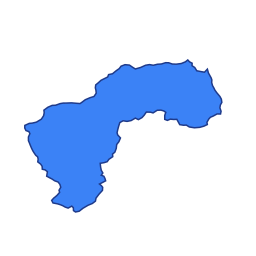 the district of Mairinque, São Paulo, Brazil, rotated 249°
{"feature_id": "56859067B61135260351359", "entity_name": "Mairinque", "entity_type": "district", "adm_level": 2, "iso_a3": "BRA", "parent_name": "Brazil", "parent_adm1": "São Paulo", "projection": "equal_earth", "projection_center": [-47.236, -23.519], "detail": "fine", "context": "isolated", "style": "filled", "palette": "blue", "viewbox_px": 256, "rotation_deg": 249, "n_neighbors": 0, "source": "geoboundaries", "source_scale": "gbopen_adm2", "svg_char_len": 2261}
<svg xmlns="http://www.w3.org/2000/svg" viewBox="0 0 256 256"><g transform="rotate(249 128 128)"><path d="M102.8,203.3L105.0,203.7L107.4,206.6L108.5,208.8L108.6,211.8L109.2,216.2L107.9,219.4L110.3,220.9L113.9,221.0L116.4,222.5L118.3,224.8L121.5,225.5L124.5,225.1L129.2,223.5L132.2,222.7L134.7,222.5L137.2,222.1L140.4,222.4L142.8,223.5L144.9,223.6L150.5,222.8L154.5,223.2L152.7,219.4L154.6,216.2L156.8,212.7L160.6,212.0L163.2,210.1L165.5,211.1L167.8,209.1L170.1,208.2L169.2,205.3L169.1,200.9L170.3,195.9L171.9,192.2L174.3,189.4L175.5,186.5L175.8,182.1L177.0,178.2L177.5,174.1L179.5,170.8L180.3,166.9L180.0,161.4L180.5,156.0L183.0,154.1L186.2,151.9L188.2,147.9L188.2,143.7L186.6,141.1L185.7,137.5L184.2,133.0L184.8,129.0L182.9,127.3L182.6,124.0L182.2,119.9L180.8,116.3L179.8,113.3L177.2,111.9L174.8,111.6L171.9,110.8L169.6,107.5L169.9,103.5L169.7,98.2L168.7,94.8L168.0,92.0L169.8,88.2L171.7,84.3L173.3,79.6L174.5,76.3L175.1,73.4L175.2,68.6L176.3,65.3L176.1,60.6L174.8,55.9L172.2,55.2L169.7,53.6L167.3,50.3L166.3,44.6L166.9,40.2L167.7,37.5L167.4,32.6L165.0,31.6L162.2,31.8L160.1,34.2L157.9,34.4L155.3,31.8L151.8,30.5L149.3,30.6L147.0,30.6L143.7,30.7L140.6,31.0L138.1,31.5L135.6,32.1L133.5,33.3L131.2,33.0L128.7,31.6L125.6,33.5L123.0,34.1L120.2,33.2L118.6,35.6L116.1,37.1L112.1,34.8L107.2,39.1L105.1,40.5L102.6,43.4L99.8,44.2L96.8,44.0L94.6,41.3L92.4,41.1L90.5,37.5L89.2,33.6L87.8,30.8L84.9,31.1L82.4,35.1L80.5,37.5L78.9,39.2L76.7,41.0L74.7,43.4L75.2,47.5L73.2,48.4L70.4,47.5L68.4,48.9L67.8,52.6L69.2,57.1L70.2,63.1L70.3,67.7L71.4,71.4L74.0,73.0L76.5,77.0L78.9,81.8L81.7,83.1L83.7,82.5L85.9,81.3L86.3,85.0L86.7,88.2L89.0,88.4L91.6,88.2L93.5,86.1L95.0,88.4L98.1,87.9L101.2,88.4L105.0,89.4L104.2,93.3L104.0,96.5L105.6,98.9L106.7,103.5L109.2,104.2L110.1,107.0L113.1,109.7L116.6,111.5L118.5,114.6L121.4,117.4L125.2,115.9L127.5,116.1L130.1,117.8L133.0,119.9L136.0,122.3L136.5,126.0L134.5,129.5L133.8,133.6L134.6,138.4L132.1,140.7L132.7,144.8L134.1,147.6L136.3,150.8L134.7,154.7L133.1,156.8L134.1,161.6L132.9,165.1L131.2,167.4L129.1,168.9L126.6,166.8L122.9,165.4L121.0,167.5L121.1,170.7L119.6,173.7L118.6,176.7L112.6,177.5L110.7,180.8L109.8,183.5L107.0,185.6L104.4,190.1L102.9,195.2L102.5,199.5L102.8,203.3Z" fill="#3b82f6" stroke="#1e3a8a" stroke-width="1.5"/></g></svg>